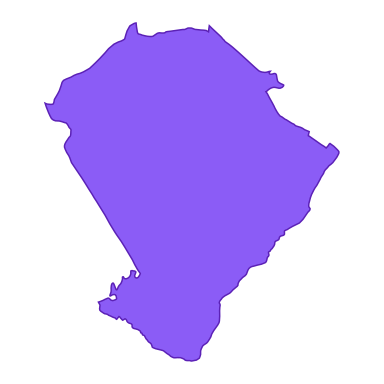 Gachancipá, Cundinamarca, Colombia
{"feature_id": "7082276B66532340203009", "entity_name": "Gachancipá", "entity_type": "district", "adm_level": 2, "iso_a3": "COL", "parent_name": "Colombia", "parent_adm1": "Cundinamarca", "projection": "albers", "projection_center": [-73.877, 5.006], "detail": "fine", "context": "isolated", "style": "filled", "palette": "violet", "viewbox_px": 384, "rotation_deg": 0, "n_neighbors": 0, "source": "geoboundaries", "source_scale": "gbopen_adm2", "svg_char_len": 5915}
<svg xmlns="http://www.w3.org/2000/svg" viewBox="0 0 384 384"><path d="M209.3,25.7L208.8,29.1L208.5,31.8L206.2,30.5L203.9,30.2L200.7,30.0L198.2,29.7L195.0,29.4L191.6,28.1L189.8,28.0L188.7,28.0L187.8,28.1L185.2,29.3L184.4,29.5L182.8,29.5L169.9,31.3L167.1,31.6L165.9,31.9L165.4,32.3L164.8,32.8L163.4,33.0L161.8,33.0L159.3,32.8L158.3,33.0L157.3,33.3L154.2,35.4L153.1,36.2L151.8,36.5L150.0,36.5L147.6,36.3L145.9,36.0L142.1,35.1L140.7,34.5L138.7,34.0L138.1,33.7L137.6,32.8L137.3,31.7L136.5,26.8L136.1,23.0L135.2,23.1L134.0,23.5L131.7,24.8L130.0,25.8L129.4,26.7L127.1,30.9L125.9,34.6L125.1,37.5L124.6,39.1L123.5,39.8L121.5,40.9L118.3,42.0L113.9,44.2L108.6,48.7L105.1,52.8L99.8,58.5L95.1,63.2L89.7,68.3L86.6,70.1L83.4,71.9L79.9,73.4L77.9,73.9L76.9,74.2L74.0,75.4L71.1,77.1L66.3,79.0L63.5,80.4L62.1,82.3L61.0,86.0L59.3,90.8L57.8,93.7L54.4,99.5L54.1,101.3L53.8,102.6L53.5,103.3L53.0,104.1L52.3,104.3L50.7,104.4L47.5,104.1L46.4,103.8L45.1,103.2L46.3,106.9L48.5,112.5L50.1,116.0L51.5,118.6L53.3,120.0L55.4,120.8L59.3,121.0L62.0,121.7L64.6,122.6L66.0,122.9L67.3,124.2L68.3,125.8L68.9,127.1L69.7,128.1L70.8,129.3L71.0,130.1L70.9,131.1L70.8,133.7L70.6,135.3L70.1,136.5L69.2,137.2L68.3,138.5L65.9,142.1L64.9,144.1L64.5,145.7L64.5,147.2L65.3,149.4L66.7,152.4L68.8,155.7L69.9,158.1L71.5,162.6L82.2,178.5L85.5,183.7L88.9,189.2L92.4,194.7L94.2,197.8L96.5,201.3L105.2,215.4L109.8,223.8L114.6,231.7L116.5,234.6L121.3,241.5L124.8,247.1L132.4,259.8L134.8,264.7L137.7,269.8L140.3,273.5L139.9,274.7L138.9,276.3L138.0,277.5L136.8,278.0L135.9,277.8L135.4,277.5L134.9,276.9L134.7,276.2L134.7,275.4L135.8,272.5L135.8,271.8L135.4,271.4L134.6,271.0L133.3,270.9L132.2,270.6L131.4,270.7L130.9,270.9L130.8,271.5L130.8,272.6L130.8,273.8L130.3,275.4L129.6,276.6L128.5,277.7L127.3,278.4L126.3,278.7L125.5,278.8L124.6,278.6L124.1,278.2L123.8,277.5L123.3,276.8L122.8,276.8L122.4,277.2L122.5,278.0L122.4,279.4L121.9,281.2L121.3,282.7L120.5,284.0L119.1,285.5L118.3,286.8L117.7,288.3L117.1,289.6L116.7,289.8L116.4,289.8L116.0,289.4L114.0,284.3L113.4,283.2L112.7,283.1L112.2,283.5L111.7,284.2L111.3,285.8L111.1,288.1L111.2,290.2L111.0,292.2L110.0,295.0L109.9,295.8L110.2,296.0L111.2,295.6L112.2,294.9L113.3,294.6L114.3,294.5L115.4,294.9L116.1,295.9L116.5,297.7L116.6,298.8L116.0,299.4L115.2,299.8L113.6,300.4L112.6,300.6L111.9,300.4L111.1,300.2L109.3,298.5L108.5,298.1L107.7,298.2L104.9,299.4L103.0,300.4L100.2,301.5L98.4,302.1L99.2,303.6L99.8,304.6L100.0,305.3L99.6,308.8L99.8,310.1L100.9,311.3L103.7,313.2L104.6,313.7L106.2,314.0L107.6,314.4L108.5,315.2L110.5,316.0L112.9,317.2L115.2,318.0L116.2,319.1L116.7,319.3L119.0,316.5L119.4,316.7L120.0,317.3L120.6,318.1L121.5,319.1L122.4,320.0L122.7,320.2L123.3,319.9L125.0,318.8L125.5,319.0L126.2,319.6L126.7,320.4L127.0,321.4L127.7,322.2L128.8,323.0L131.2,323.8L131.9,324.4L132.1,325.5L132.1,326.9L132.7,327.8L133.9,328.5L135.3,328.8L137.1,329.3L138.2,329.7L139.7,330.7L140.5,331.4L140.6,332.3L140.8,332.8L141.9,333.2L142.1,333.4L142.3,334.4L142.7,335.0L143.3,335.1L144.0,335.4L144.5,335.8L145.6,338.0L146.2,339.0L146.9,339.6L147.5,340.5L148.4,341.7L149.5,342.6L150.3,343.0L151.2,344.0L151.9,345.7L152.2,347.0L153.1,347.7L155.6,348.7L161.0,350.0L163.4,350.7L166.8,353.4L169.3,355.0L170.7,356.3L172.2,357.1L173.6,357.7L174.8,357.8L177.6,357.6L180.7,357.7L182.7,358.5L183.9,359.0L184.7,359.8L185.8,360.4L187.3,360.6L189.9,360.6L191.1,361.0L191.7,361.0L196.4,360.1L198.3,358.9L199.4,358.1L200.1,356.2L200.6,354.5L200.6,351.8L200.7,350.7L200.9,349.9L201.3,348.8L202.4,346.5L202.9,345.7L204.0,344.8L205.4,343.9L206.6,343.1L207.7,341.9L209.6,339.0L210.8,336.9L211.8,333.9L213.8,330.5L217.6,325.2L219.0,322.7L219.4,321.0L219.7,316.2L219.6,310.7L219.8,307.3L220.1,305.5L220.0,304.3L219.8,303.8L219.3,303.1L219.3,302.4L219.5,301.7L220.1,300.6L221.3,299.2L222.3,297.8L223.4,296.9L224.9,295.8L229.7,293.2L231.2,291.8L232.8,290.0L237.3,286.2L237.9,285.3L238.1,283.5L238.8,281.9L239.5,280.7L241.3,278.9L242.6,277.5L245.2,275.6L246.4,274.2L247.9,270.2L248.9,268.5L250.3,267.3L251.7,266.6L254.2,266.0L257.4,265.1L261.4,264.2L265.2,262.7L265.9,262.1L266.4,261.2L266.8,259.9L267.1,258.3L267.4,257.5L267.8,256.8L268.3,256.5L268.7,255.8L268.9,255.2L268.9,254.4L268.6,253.4L268.5,252.6L268.5,252.1L268.8,251.8L270.0,251.2L270.3,250.8L270.8,249.8L271.2,249.3L272.0,248.7L273.9,246.0L274.6,244.4L274.8,242.6L275.0,242.0L275.4,241.4L276.2,240.9L277.4,240.4L278.5,239.8L278.9,239.4L279.5,237.2L280.4,236.2L283.4,235.3L284.2,234.7L284.5,234.0L284.4,231.5L284.6,230.8L285.7,230.2L287.4,229.5L289.0,228.4L292.5,226.4L299.4,223.0L303.0,219.3L305.2,216.1L307.8,212.3L309.2,210.9L309.9,209.9L310.1,208.7L308.8,206.7L308.7,205.5L308.9,203.4L309.6,200.8L310.4,197.7L311.6,194.4L313.8,190.0L315.0,187.9L316.9,185.2L320.1,179.3L320.9,177.5L323.5,173.5L324.3,171.4L325.0,170.3L325.5,169.6L326.6,168.6L327.9,167.1L328.9,165.8L330.8,164.4L332.8,162.6L336.7,157.4L337.8,155.4L338.5,154.0L338.8,153.3L338.9,152.4L338.9,151.8L338.6,151.2L337.5,149.9L334.9,147.3L333.6,146.1L330.0,143.5L329.2,144.1L328.2,145.7L326.1,148.0L324.6,146.7L321.2,144.6L309.4,136.3L308.3,135.7L308.5,134.4L309.2,131.6L304.6,129.7L302.4,128.2L300.7,127.4L296.2,126.0L295.2,125.5L294.5,124.7L293.9,124.2L291.7,123.2L286.5,119.9L285.0,119.2L281.9,116.9L280.2,116.1L278.5,114.1L276.9,111.7L275.0,108.3L274.0,106.1L272.2,102.7L269.4,97.7L267.3,93.6L265.9,91.7L266.7,91.3L268.2,89.9L269.7,88.8L271.4,87.9L272.8,87.5L274.0,87.3L275.7,87.5L278.9,88.2L280.1,88.2L280.9,87.9L282.1,87.4L282.9,86.7L283.6,85.8L283.7,85.1L283.0,84.6L280.9,83.7L279.3,82.8L278.2,81.9L277.6,81.0L277.1,78.9L276.4,74.9L275.9,74.0L274.9,73.5L273.7,73.6L272.6,74.0L271.2,74.2L270.0,74.1L269.4,73.7L269.2,72.9L269.6,72.2L270.3,71.3L269.3,71.4L267.1,72.1L266.0,72.3L264.7,72.4L262.3,72.1L260.7,71.7L258.8,70.8L254.8,67.3L242.6,56.1L238.4,52.3L236.0,50.2L232.7,47.3L228.8,44.2L225.1,41.6L224.1,40.2L222.7,38.9L221.8,37.7L220.7,36.5L211.7,28.1L209.3,25.7Z" fill="#8b5cf6" stroke="#5b21b6" stroke-width="1.5"/></svg>